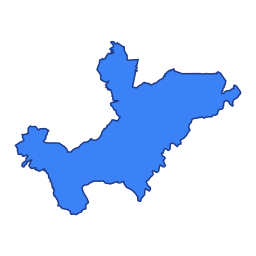 outline of Tlacuilotepec, Puebla, Mexico
{"feature_id": "50627088B24502383873446", "entity_name": "Tlacuilotepec", "entity_type": "district", "adm_level": 2, "iso_a3": "MEX", "parent_name": "Mexico", "parent_adm1": "Puebla", "projection": "orthographic", "projection_center": [-98.017, 20.381], "detail": "fine", "context": "isolated", "style": "filled", "palette": "blue", "viewbox_px": 256, "rotation_deg": 0, "n_neighbors": 0, "source": "geoboundaries", "source_scale": "gbopen_adm2", "svg_char_len": 5776}
<svg xmlns="http://www.w3.org/2000/svg" viewBox="0 0 256 256"><path d="M100.1,59.7L99.5,61.3L99.4,63.7L98.2,66.0L97.0,69.6L100.3,74.2L100.7,76.5L100.8,79.4L102.4,80.7L105.6,82.1L107.3,82.0L108.3,81.6L106.7,83.9L105.6,84.6L107.1,87.2L106.2,87.3L107.2,88.0L107.8,89.6L108.4,89.3L108.5,88.7L109.4,89.3L109.4,90.0L110.4,89.7L110.7,90.0L110.7,90.5L111.4,91.3L111.6,92.9L112.0,93.6L112.3,95.1L112.1,96.2L112.4,96.3L113.1,97.4L112.7,98.8L113.1,99.0L113.2,100.2L115.1,100.9L116.8,100.6L117.9,100.7L117.9,101.1L117.0,101.5L112.4,102.4L111.0,103.0L110.6,103.5L110.9,105.4L112.8,107.0L113.8,109.4L115.0,110.4L115.8,110.6L116.2,112.6L117.0,114.5L118.9,116.2L120.1,116.7L117.6,121.1L116.5,120.6L115.5,120.8L114.8,120.2L113.1,119.9L111.9,120.1L111.6,121.2L109.2,124.1L106.8,125.9L106.9,127.1L106.5,127.8L104.0,128.8L104.1,129.7L102.6,130.9L100.8,135.7L99.1,138.0L96.5,140.0L93.5,140.3L91.7,139.5L91.6,138.8L90.8,139.0L89.9,139.6L89.7,140.5L88.1,141.4L87.6,142.1L86.4,142.0L83.8,142.4L80.7,144.9L78.5,147.6L76.2,148.0L74.2,149.1L72.2,150.5L71.2,152.0L69.1,152.0L68.1,152.4L66.8,149.2L66.2,148.5L64.1,146.3L63.1,146.0L62.1,145.0L60.9,144.5L59.1,143.1L46.3,142.9L43.6,141.7L43.7,140.7L45.5,139.0L46.0,137.4L45.7,136.5L47.3,133.9L47.6,131.9L48.7,130.8L48.5,130.4L46.3,129.0L44.3,128.6L39.8,128.9L39.0,129.7L38.2,129.8L36.3,127.3L35.3,126.5L31.9,126.7L30.3,126.1L28.7,127.6L28.3,128.2L28.1,133.1L28.3,133.3L23.7,134.8L22.8,134.5L22.2,134.6L22.6,135.2L22.5,136.9L22.9,138.1L23.9,139.3L23.7,140.4L20.8,142.2L19.7,142.3L18.6,143.5L16.3,144.7L15.4,145.5L16.6,146.8L16.6,147.4L17.5,147.7L17.4,150.3L18.3,154.3L21.3,154.3L22.7,155.2L22.6,156.1L22.9,156.2L24.4,156.1L26.3,155.3L27.4,155.2L27.8,155.8L27.4,157.2L26.7,157.3L26.1,158.4L26.1,160.8L23.9,162.0L22.3,163.6L22.0,165.5L22.2,166.4L23.2,166.9L24.0,166.8L24.8,165.2L26.5,164.0L26.9,162.9L27.7,162.0L29.1,160.8L31.2,159.9L31.7,160.0L31.1,161.1L30.5,161.5L30.2,162.8L29.0,165.3L29.8,167.0L30.8,168.1L31.7,168.4L35.5,167.7L35.0,169.2L35.4,169.2L36.4,170.1L37.1,169.8L38.1,170.3L38.2,170.8L39.4,171.1L43.9,169.0L44.7,169.1L44.9,169.5L44.6,169.9L43.8,169.7L44.0,170.5L44.7,170.9L45.5,170.9L46.3,171.6L46.6,173.0L47.2,173.1L48.3,174.3L48.8,177.7L49.3,178.5L50.4,179.2L50.2,181.4L51.0,182.0L51.6,183.3L52.4,187.7L53.0,188.4L53.6,188.2L53.9,188.7L53.6,189.6L54.3,191.5L53.8,192.0L53.4,193.3L53.7,194.7L54.3,195.5L54.3,196.0L55.0,196.1L55.2,196.9L56.1,197.5L56.4,198.7L57.3,199.7L58.4,202.7L58.4,204.3L57.9,205.6L60.1,206.1L60.9,206.9L61.3,207.8L62.5,208.5L66.9,209.4L68.7,210.2L70.4,211.7L70.5,213.5L71.3,214.3L74.5,214.0L75.6,214.5L76.4,214.5L79.3,212.6L81.6,211.9L81.6,211.0L83.4,209.4L84.9,209.2L85.8,208.7L85.7,205.1L87.2,203.4L88.3,202.8L88.4,202.0L86.9,198.3L83.2,192.1L82.3,189.2L82.1,187.7L82.4,186.7L84.2,185.2L87.7,184.6L89.9,183.0L93.9,181.1L100.7,181.2L102.2,180.8L103.6,181.3L105.0,182.7L106.2,183.4L107.8,183.3L109.8,183.9L112.2,183.4L113.2,182.9L117.2,181.6L117.5,181.6L117.7,182.4L118.3,182.9L120.6,182.7L123.2,181.5L123.7,181.9L123.9,183.2L124.7,184.9L126.6,187.3L131.8,189.9L135.5,193.5L137.6,196.8L137.9,197.5L137.7,199.7L138.1,200.6L138.9,201.2L140.3,201.3L140.9,200.5L141.2,198.6L144.6,194.7L144.9,190.0L145.2,188.9L145.5,188.8L149.1,191.0L150.4,189.6L150.3,187.4L148.6,186.2L147.5,184.8L146.6,183.0L146.3,181.5L146.6,180.9L147.7,180.7L149.4,178.8L149.8,177.8L152.7,175.2L153.1,173.8L152.4,171.4L152.8,171.0L153.7,170.8L154.6,171.1L156.1,172.3L157.2,172.2L158.1,171.7L158.6,171.0L159.8,165.3L160.9,165.0L161.7,166.2L163.8,166.9L164.3,166.8L165.4,165.6L163.5,161.3L164.1,159.4L165.0,158.5L165.0,157.8L164.5,157.1L162.3,155.6L161.5,154.2L161.7,153.2L162.9,153.3L164.1,150.0L164.7,149.0L165.3,148.8L167.0,149.2L168.0,150.4L168.5,150.4L169.4,149.9L170.1,148.6L170.3,144.1L170.6,143.6L173.4,143.2L177.2,146.5L178.4,144.9L179.2,144.3L181.0,143.9L180.5,140.4L181.0,139.7L182.6,138.9L184.7,137.4L186.9,134.7L188.5,131.7L189.9,130.3L189.6,129.1L188.7,127.7L189.1,125.1L189.5,124.1L191.1,122.7L192.1,119.2L194.0,118.5L198.3,117.9L199.6,117.2L200.5,117.5L202.2,117.1L204.0,118.0L204.8,118.0L206.1,116.9L207.5,117.1L208.6,116.8L211.2,116.9L214.0,115.0L215.8,115.1L217.4,113.9L217.9,111.9L218.9,109.9L219.7,109.4L221.9,109.1L222.7,108.6L223.4,106.5L223.8,102.6L224.6,101.3L227.0,100.7L228.3,101.2L229.9,104.1L232.4,106.1L233.1,105.2L232.7,103.5L232.9,101.6L233.8,99.6L236.4,98.3L238.2,96.7L238.9,95.3L240.4,93.7L240.6,92.1L237.2,87.1L235.9,85.7L234.2,85.2L233.5,87.1L233.4,88.1L233.7,88.5L231.2,89.3L230.1,90.5L225.9,91.0L223.6,93.3L221.9,93.6L221.8,91.3L222.5,91.1L222.9,90.4L222.7,89.5L222.9,88.8L224.1,87.1L224.3,85.6L225.3,84.2L225.5,81.6L225.8,80.9L221.8,75.3L220.9,73.6L218.9,72.3L217.8,71.9L216.7,72.9L216.8,73.8L215.0,73.5L210.9,74.0L206.6,73.6L204.2,73.8L203.6,74.2L200.2,73.6L182.2,73.7L175.6,71.4L174.8,71.5L173.9,69.1L173.5,68.9L172.4,69.9L171.2,69.7L170.7,70.6L169.2,70.4L169.0,71.1L167.1,72.0L166.6,73.2L165.2,73.6L164.8,74.5L165.2,75.6L165.0,76.3L163.9,76.1L162.7,78.5L159.6,80.0L155.6,83.3L154.4,83.1L152.3,84.6L151.1,85.0L149.0,83.5L148.2,83.6L146.4,83.0L144.8,83.0L144.7,82.5L144.3,82.4L142.6,83.3L142.4,84.0L141.3,84.7L139.5,85.5L136.6,87.8L135.6,87.8L132.9,87.1L132.5,86.9L135.5,72.1L135.3,71.8L136.8,71.1L137.0,70.7L136.0,70.8L135.4,70.1L137.1,68.0L136.6,67.0L135.7,66.7L136.0,65.9L136.7,66.0L138.1,59.6L127.5,60.2L127.1,59.2L127.1,55.5L124.4,50.8L124.2,46.9L122.2,46.3L117.5,42.8L116.2,43.8L115.5,43.9L114.9,43.6L114.4,42.3L112.2,41.5L111.1,41.8L111.0,42.6L113.0,44.6L113.5,46.3L113.3,47.0L110.6,48.3L110.2,48.6L110.1,49.4L112.1,49.5L112.8,49.8L112.8,50.1L111.4,50.4L111.1,50.8L111.1,51.9L111.5,52.0L113.2,51.8L113.5,51.9L113.5,52.5L113.0,53.1L111.9,53.5L108.1,53.5L107.6,54.5L106.6,55.6L106.1,57.0L105.5,57.3L105.4,58.3L103.6,59.4L102.6,58.6L101.3,59.6L100.1,59.7Z" fill="#3b82f6" stroke="#1e3a8a" stroke-width="1.5"/></svg>